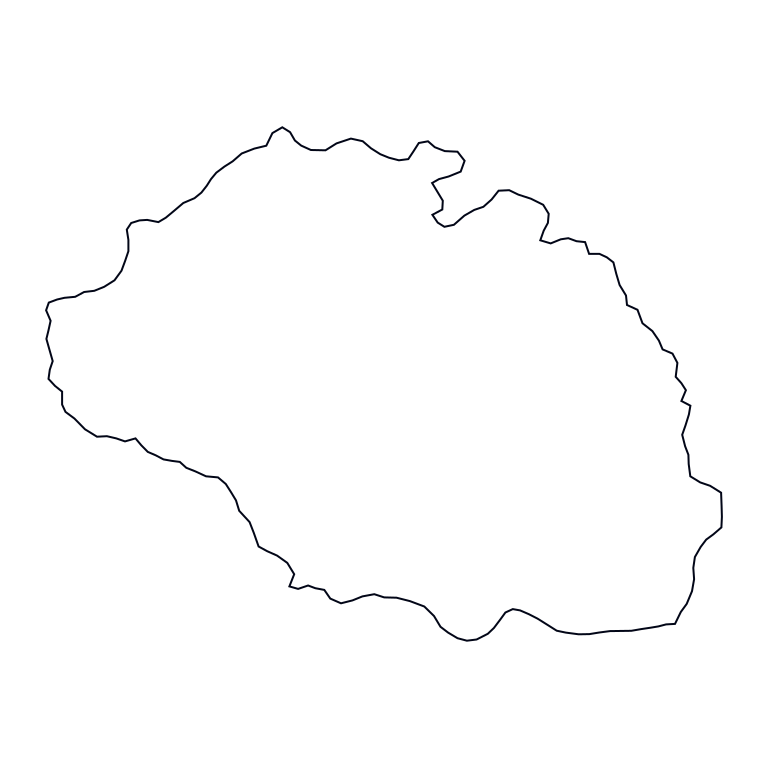 outline of Pedrinópolis, Minas Gerais, Brazil
{"feature_id": "56859067B59580364886114", "entity_name": "Pedrinópolis", "entity_type": "district", "adm_level": 2, "iso_a3": "BRA", "parent_name": "Brazil", "parent_adm1": "Minas Gerais", "projection": "orthographic", "projection_center": [-47.512, -19.19], "detail": "fine", "context": "isolated", "style": "outline", "palette": "ink", "viewbox_px": 768, "rotation_deg": 0, "n_neighbors": 0, "source": "geoboundaries", "source_scale": "gbopen_adm2", "svg_char_len": 2566}
<svg xmlns="http://www.w3.org/2000/svg" viewBox="0 0 768 768"><path d="M241.7,153.5L232.7,161.3L224.4,166.6L216.3,172.7L211.0,179.1L206.8,185.7L201.4,192.6L194.5,198.2L183.3,203.0L174.1,210.8L165.8,217.7L158.4,222.1L147.2,219.9L139.5,220.4L131.2,223.0L126.8,229.6L128.4,239.9L128.4,251.2L125.2,260.7L121.5,270.7L114.5,280.3L104.2,286.8L94.3,290.8L84.1,292.0L75.2,296.8L64.5,297.8L57.1,299.5L48.8,302.6L46.1,310.3L50.6,320.8L48.5,330.3L46.4,338.9L49.0,348.1L52.7,361.1L49.8,369.7L48.5,378.9L55.1,386.0L62.1,391.6L62.1,404.6L65.5,411.9L74.4,418.5L85.0,429.3L97.0,436.7L106.9,436.2L116.3,438.4L125.0,441.4L135.5,438.4L141.3,445.3L147.8,451.9L155.7,455.3L163.5,459.4L172.0,460.9L179.8,461.9L186.3,467.8L195.4,471.4L206.0,476.3L218.0,477.4L225.8,484.0L231.1,492.3L236.0,500.4L239.2,510.8L249.6,522.1L253.8,532.9L258.6,546.5L267.2,551.2L277.1,555.6L287.3,562.9L294.2,574.2L289.4,586.4L298.1,588.9L308.1,585.5L315.3,588.2L324.3,589.9L330.3,598.6L341.0,603.3L352.5,600.4L362.4,596.4L374.3,594.2L384.2,597.4L396.5,597.7L409.9,601.1L424.3,606.5L434.0,616.0L440.5,626.8L448.1,632.6L457.5,638.2L466.9,640.7L476.6,639.5L487.8,633.8L493.9,628.0L500.6,619.1L505.4,612.5L512.8,609.1L520.1,610.4L528.9,614.2L537.5,618.6L548.5,625.5L556.7,630.7L565.8,632.6L578.7,634.3L589.4,634.1L599.3,632.5L610.0,631.1L631.3,630.8L641.2,629.1L650.6,627.7L658.4,626.4L666.1,624.4L675.0,623.9L680.8,612.0L686.7,603.9L692.0,591.2L694.1,579.2L693.3,567.9L694.9,557.0L700.7,546.9L706.2,539.6L713.3,534.4L721.4,527.4L721.9,516.9L721.6,506.3L721.1,492.7L710.1,485.8L700.2,482.4L690.3,476.3L688.7,464.0L688.4,454.8L685.1,446.2L682.2,434.8L685.5,425.4L688.9,414.5L690.4,405.7L681.4,401.0L685.9,390.2L681.4,383.2L675.7,376.8L677.4,362.9L672.5,353.6L662.6,349.4L658.9,340.6L652.4,331.1L642.5,323.3L637.5,309.8L627.0,305.0L626.0,295.5L619.6,285.0L616.3,273.9L613.4,262.4L606.8,257.3L599.5,253.9L589.1,253.9L585.1,242.1L576.5,241.2L568.3,238.2L560.8,239.3L550.7,243.4L540.3,240.3L543.7,230.7L547.9,222.9L548.7,213.8L543.2,204.8L530.9,198.7L518.3,194.6L509.2,190.2L498.6,190.7L491.6,199.5L483.4,206.8L474.3,209.9L464.4,215.6L453.9,224.8L444.4,226.8L437.7,222.6L432.4,214.8L442.3,209.5L442.8,200.7L437.9,192.6L432.1,183.0L439.0,179.1L448.6,176.5L460.7,171.6L464.6,160.8L457.5,151.7L444.8,151.1L434.8,147.2L428.0,141.3L418.8,143.0L413.3,151.6L408.3,159.1L398.9,160.3L388.9,157.7L380.3,154.2L371.0,148.3L362.7,141.2L350.9,138.6L336.5,143.4L325.5,150.3L310.9,150.0L301.2,145.6L294.9,140.5L290.1,132.2L282.3,127.3L272.4,133.1L266.3,145.7L254.3,148.6L241.7,153.5Z" fill="none" stroke="#020617" stroke-width="2"/></svg>